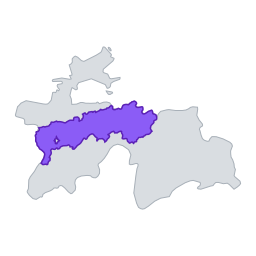 Tadzhikistan Territories on a map of Tajikistan (Mercator projection)
{"feature_id": "TJK-368", "entity_name": "Tadzhikistan Territories", "entity_type": "Region", "adm_level": 1, "iso_a3": "TJK", "parent_name": "Tajikistan", "parent_adm1": "", "projection": "mercator", "projection_center": [69.993, 38.757], "detail": "fine", "context": "in_parent", "style": "filled", "palette": "violet", "viewbox_px": 256, "rotation_deg": 0, "n_neighbors": 0, "source": "natural_earth", "source_scale": "10m", "svg_char_len": 9183}
<svg xmlns="http://www.w3.org/2000/svg" viewBox="0 0 256 256"><path d="M27.2,191.3L28.4,188.7L28.8,179.9L30.3,176.8L34.5,171.3L36.8,167.1L39.3,163.7L41.1,162.5L42.7,159.8L44.1,156.8L44.5,154.8L44.4,153.3L43.9,152.3L38.4,146.9L36.7,143.6L35.8,139.3L35.6,136.3L38.5,128.1L38.1,126.7L37.2,125.4L35.5,124.6L33.0,124.3L27.5,124.7L25.4,124.2L24.8,123.7L24.6,119.9L24.0,119.1L23.1,118.4L16.8,116.7L15.6,115.9L15.4,115.0L17.6,106.6L18.5,105.9L21.0,103.1L26.1,100.7L43.0,103.9L45.8,104.2L47.7,103.9L48.9,102.9L51.2,100.2L52.7,92.5L54.1,92.2L55.5,92.6L56.2,91.9L56.8,90.0L57.3,89.9L58.4,90.8L59.4,89.9L59.3,89.2L58.1,87.9L57.1,85.9L57.6,84.5L61.9,83.7L62.4,83.0L62.2,81.9L61.1,81.3L52.8,81.5L52.3,80.8L52.5,80.1L53.1,79.5L61.8,78.0L69.8,79.3L71.2,78.9L69.6,75.5L71.8,75.2L72.0,74.0L69.2,64.9L70.8,64.1L72.3,62.3L72.2,58.9L73.6,57.2L75.2,56.1L77.7,57.2L81.4,60.6L83.9,61.4L96.2,55.2L100.7,52.4L101.5,51.4L103.0,47.2L103.9,46.9L105.0,47.4L111.3,54.4L111.3,55.4L110.6,56.1L110.7,56.8L114.0,58.3L114.0,59.0L112.9,61.0L103.3,69.2L103.0,71.8L103.8,72.7L107.7,74.1L109.7,78.3L111.2,78.8L120.0,77.4L120.1,78.1L119.7,79.3L113.6,81.5L110.9,83.3L110.3,86.5L109.6,87.4L108.4,88.1L107.2,88.3L105.3,84.6L91.3,78.8L78.6,82.7L76.8,85.6L77.4,88.3L77.0,89.5L75.7,89.8L72.1,87.6L71.3,89.5L69.9,95.5L71.3,99.0L71.8,104.4L76.6,104.1L80.6,102.5L82.6,102.5L85.6,103.2L90.9,103.3L96.2,103.1L97.2,102.1L98.3,102.5L99.3,103.7L103.6,102.2L106.7,102.0L109.8,102.9L113.5,108.5L115.4,109.2L121.4,108.6L123.1,105.5L124.6,104.8L129.1,104.0L132.9,101.6L134.8,101.4L135.8,102.2L136.2,103.3L135.8,106.1L137.1,107.0L140.7,107.3L142.4,108.2L142.3,112.5L143.8,113.6L144.6,113.7L149.9,110.9L151.4,110.8L154.5,114.3L156.9,116.3L157.4,115.9L158.5,113.8L160.6,111.4L166.5,109.9L168.8,109.6L175.5,110.5L182.4,110.5L186.0,110.0L188.9,108.6L190.4,107.4L192.8,106.8L197.5,107.2L197.7,109.2L196.8,115.4L199.2,120.1L202.3,123.9L202.6,125.2L202.2,126.2L200.4,127.2L199.7,128.2L199.4,129.4L200.0,130.8L201.1,135.2L202.4,138.6L204.4,140.3L207.3,141.3L208.9,141.1L210.1,138.6L212.0,136.6L216.2,136.7L223.1,138.9L229.8,142.2L231.8,144.1L232.4,146.1L230.6,150.9L230.7,154.0L231.1,157.2L232.6,159.7L234.0,163.8L234.3,167.2L235.4,169.4L234.1,175.7L234.8,176.7L240.0,181.2L240.6,183.6L239.5,185.1L237.4,186.9L234.0,189.2L229.4,184.6L227.3,183.2L223.4,183.7L218.3,182.4L215.7,182.5L214.1,184.1L213.0,185.6L210.5,186.1L200.9,189.2L198.2,188.9L197.4,188.1L198.0,187.0L200.0,185.6L200.5,183.9L200.1,182.4L193.2,180.4L190.3,180.8L185.3,182.7L176.2,187.9L172.2,191.3L169.3,196.6L160.6,198.2L154.7,201.2L148.5,206.1L144.5,208.7L142.5,209.1L140.5,208.6L138.5,207.3L136.6,203.2L133.8,193.0L135.9,175.6L137.0,168.6L138.0,166.0L138.1,164.4L137.2,163.5L135.4,163.6L132.5,164.5L130.5,164.7L129.3,164.1L129.4,160.8L130.9,154.8L128.6,149.7L122.7,145.6L117.7,144.2L113.6,145.5L110.1,148.7L107.2,154.0L104.3,158.3L101.3,161.6L98.4,163.8L98.0,165.2L99.6,169.7L99.5,173.4L97.7,176.4L95.7,177.8L93.5,177.7L91.8,177.0L90.5,175.7L87.0,175.4L81.4,176.0L77.5,177.5L75.4,179.9L74.8,183.1L75.7,187.0L75.2,190.1L72.0,193.4L70.9,193.7L68.4,191.9L64.7,187.9L62.1,185.8L60.7,185.5L59.0,186.1L58.1,187.8L56.9,188.2L55.2,187.9L53.6,188.2L52.7,189.4L50.1,190.9L45.4,192.6L42.9,194.4L42.5,196.3L41.8,197.1L40.4,196.8L36.2,199.4L33.0,198.6L29.4,195.3L27.4,192.5L27.2,191.3ZM112.6,93.0L110.0,94.5L108.4,94.3L106.4,91.6L106.2,90.9L111.5,91.9L112.5,92.3L112.6,93.0ZM111.1,50.7L110.3,50.8L108.7,49.0L108.2,47.7L108.8,47.3L110.1,48.2L111.0,49.8L111.1,50.7Z" fill="#d9dde1" stroke="#a8b0b8" stroke-width="1"/><path d="M134.5,101.1L135.5,101.7L136.0,102.1L136.4,102.7L136.6,103.3L136.5,103.8L135.7,104.9L135.5,105.5L136.1,106.8L137.3,107.4L138.7,107.4L141.6,106.8L142.2,106.8L142.7,107.2L142.9,108.1L143.0,109.1L142.9,109.8L142.6,110.4L142.2,110.8L141.9,111.2L141.8,112.0L142.0,112.7L142.5,113.3L143.0,113.8L143.5,113.9L144.6,113.8L145.7,113.3L148.5,111.3L149.0,111.1L150.1,110.8L151.1,110.3L151.7,110.2L152.1,110.6L152.5,111.4L152.6,112.4L152.7,113.2L153.0,113.7L153.6,114.0L154.8,114.2L155.5,114.7L156.1,115.0L156.3,115.9L156.5,116.5L156.8,116.9L156.7,117.8L156.7,118.9L156.6,119.2L156.4,119.5L156.0,119.8L155.0,120.2L154.0,120.8L153.8,121.1L153.8,121.5L153.8,122.2L153.8,122.6L153.5,123.0L151.9,124.6L151.0,125.6L150.7,126.6L150.6,127.4L150.4,127.8L150.4,128.3L150.5,128.8L150.9,129.7L151.2,130.2L152.0,131.2L151.2,131.8L150.7,132.7L150.3,133.1L149.5,133.8L148.5,134.3L147.0,134.4L145.8,134.7L145.4,135.0L144.7,135.8L143.8,136.1L143.5,136.3L143.2,137.0L142.8,137.2L142.5,136.9L142.1,136.9L140.4,137.4L139.5,137.4L139.0,137.4L138.7,137.5L137.9,138.6L137.5,139.3L136.8,139.7L136.7,139.9L136.6,140.2L136.6,141.2L136.5,141.5L136.2,141.7L136.0,141.8L135.1,141.8L134.7,141.9L134.5,142.0L134.0,142.6L133.7,143.4L133.6,143.5L133.4,143.4L133.1,142.8L132.8,142.5L132.4,142.2L132.0,142.1L131.5,142.2L130.2,142.9L129.8,143.1L129.5,143.1L129.3,143.0L128.5,142.0L127.7,141.5L127.5,141.1L127.3,140.5L127.2,139.8L127.1,139.3L126.8,138.8L126.4,138.6L126.0,138.5L124.5,138.8L123.3,138.9L122.4,138.6L122.2,138.3L122.2,137.8L122.6,136.8L122.6,136.0L122.7,135.2L122.6,134.7L121.6,133.0L121.5,132.7L121.5,132.3L121.6,131.6L121.4,131.4L121.0,131.2L119.8,131.4L118.4,132.0L117.4,132.8L117.1,132.9L116.7,132.9L115.8,132.8L114.9,133.0L114.6,132.9L114.2,131.9L113.8,131.4L113.5,131.3L111.4,132.1L111.0,132.4L109.4,133.8L108.9,134.1L108.1,134.4L108.0,134.5L108.1,134.8L109.0,135.4L109.3,135.8L109.5,136.2L109.4,136.7L108.9,137.6L108.6,138.0L107.2,139.2L106.7,140.4L106.4,140.8L104.9,142.0L104.6,140.8L104.3,140.2L103.0,139.1L102.8,138.8L102.5,138.6L100.7,138.8L99.4,138.8L98.9,138.9L97.9,139.8L97.0,140.9L96.9,140.8L96.8,140.5L97.0,138.8L97.1,138.3L96.9,137.7L95.7,137.0L95.0,136.4L94.7,135.8L93.2,134.3L92.8,134.0L92.2,133.9L91.8,133.9L90.0,134.7L89.6,135.0L87.8,136.8L86.8,138.8L86.3,139.1L85.8,139.2L85.6,139.2L85.4,139.1L84.9,138.4L84.5,138.3L84.1,138.2L83.9,138.3L83.7,138.4L80.8,142.9L79.5,144.1L78.0,145.0L77.6,145.5L77.0,145.8L76.9,146.0L76.6,146.4L76.4,146.7L76.0,147.2L75.5,147.7L74.6,148.7L74.1,149.1L73.8,149.1L72.9,149.1L72.7,149.0L72.5,148.8L72.3,148.4L72.4,148.2L72.9,147.6L72.9,147.2L72.4,146.9L70.0,146.8L69.9,146.0L69.5,145.4L69.1,145.1L68.5,144.9L67.0,145.6L63.0,145.8L61.1,146.6L60.4,147.0L59.9,148.0L59.5,148.5L59.1,148.7L58.1,149.0L57.7,149.0L57.3,148.2L56.8,148.0L56.2,148.2L55.5,149.0L54.9,149.3L54.4,149.4L53.4,149.2L52.4,148.9L51.9,149.0L51.4,149.4L50.9,150.0L50.7,150.4L51.2,152.2L51.2,153.2L51.1,153.9L51.0,154.1L49.8,156.1L49.3,157.3L49.3,157.5L50.1,158.0L50.1,158.8L50.0,160.3L49.9,160.6L48.9,161.2L48.5,161.7L48.2,162.4L47.7,164.1L47.6,164.4L47.4,164.5L46.7,164.6L46.3,164.3L46.1,164.1L43.3,164.6L42.6,164.5L41.9,163.8L41.1,163.2L41.4,162.9L41.6,162.5L42.0,161.3L42.4,160.6L43.5,158.8L44.2,156.8L44.7,154.6L44.5,153.2L43.8,152.1L41.5,150.0L40.0,149.2L39.5,148.7L38.5,146.7L37.3,145.6L37.1,145.1L37.0,144.6L36.9,143.4L36.7,142.8L36.0,141.7L35.8,141.3L35.7,140.4L35.8,138.3L35.8,137.6L35.4,136.2L35.3,135.5L35.5,134.9L36.3,134.4L36.4,134.2L36.4,133.8L36.1,133.1L36.1,132.7L36.2,131.9L36.5,131.7L37.0,131.7L37.7,131.6L38.2,131.3L38.6,130.9L39.0,130.4L39.2,129.8L39.3,129.0L39.0,128.2L38.7,127.8L39.5,127.6L40.9,127.5L41.4,127.4L43.0,126.7L43.5,126.6L43.9,126.6L44.9,127.0L46.6,126.4L47.4,126.4L48.0,126.2L49.0,125.8L49.3,125.5L49.7,124.7L50.7,124.0L51.1,122.4L51.3,122.2L51.5,122.1L53.5,122.3L56.3,121.2L56.7,121.1L56.8,121.2L57.0,121.5L57.5,121.8L59.3,121.6L60.9,121.8L62.8,122.2L63.5,122.5L65.1,122.9L66.0,122.5L66.7,121.9L68.8,120.7L69.5,120.4L70.0,120.2L73.3,120.3L73.5,120.2L73.7,118.6L73.8,118.1L74.0,117.8L74.4,117.4L74.9,117.3L77.3,117.0L77.7,117.1L78.8,118.0L79.0,118.3L79.2,119.0L79.2,119.5L79.0,120.8L79.1,121.2L79.3,121.3L80.2,120.6L80.6,120.4L81.6,120.1L82.0,119.9L82.1,119.7L82.0,119.3L82.0,118.9L82.7,118.3L83.0,117.9L83.2,117.2L83.3,115.7L83.2,115.2L82.7,114.6L82.5,114.2L84.6,113.0L85.2,113.0L85.6,113.8L85.8,113.9L86.4,114.2L86.7,114.2L87.2,113.9L87.7,113.5L88.4,112.5L88.8,112.1L91.9,111.6L92.2,111.6L92.4,112.1L92.7,112.3L92.9,112.3L93.7,111.6L94.5,111.3L95.0,111.2L95.3,111.2L95.4,111.4L95.6,111.7L95.6,112.4L95.7,112.5L95.8,112.5L96.5,112.0L99.6,110.5L99.9,110.3L100.1,109.8L100.3,109.5L100.5,109.4L100.9,109.4L101.4,109.9L101.7,109.9L102.9,109.9L105.9,109.0L106.3,109.0L106.6,108.7L106.8,108.1L108.6,107.8L109.2,107.5L109.5,106.9L109.7,106.6L110.2,106.3L111.2,105.5L111.5,105.8L112.2,106.1L112.5,106.3L112.7,106.8L112.5,107.9L112.5,108.3L112.9,109.1L113.7,109.6L114.5,109.7L115.3,109.6L116.2,109.1L116.6,109.0L117.3,109.0L117.5,108.9L117.9,108.5L118.4,108.3L119.0,108.6L119.8,109.0L120.5,109.2L121.5,108.8L122.0,107.7L122.4,106.5L123.0,105.4L124.0,104.8L125.2,104.5L126.4,104.4L128.1,104.7L128.4,104.7L128.8,104.5L129.7,103.4L130.1,103.1L131.1,102.6L131.9,101.8L133.0,101.6L134.0,101.1L134.5,101.1ZM57.4,139.2L57.3,138.6L57.1,138.1L56.8,137.5L56.6,137.0L56.4,136.7L56.3,137.0L56.2,137.5L56.3,138.2L56.2,138.6L55.4,139.0L54.8,139.2L54.7,139.6L55.0,140.2L54.2,140.7L54.4,141.0L55.1,140.7L55.2,141.1L55.0,141.5L55.3,142.0L55.3,142.5L55.4,143.4L55.9,143.7L56.5,143.7L57.0,143.6L57.1,143.2L57.0,142.6L57.8,141.8L58.7,141.5L58.8,141.0L59.2,140.5L58.7,140.4L58.5,139.9L58.0,139.8L57.7,139.6L57.8,139.2L57.4,139.2Z" fill="#8b5cf6" stroke="#5b21b6" stroke-width="1.5"/></svg>